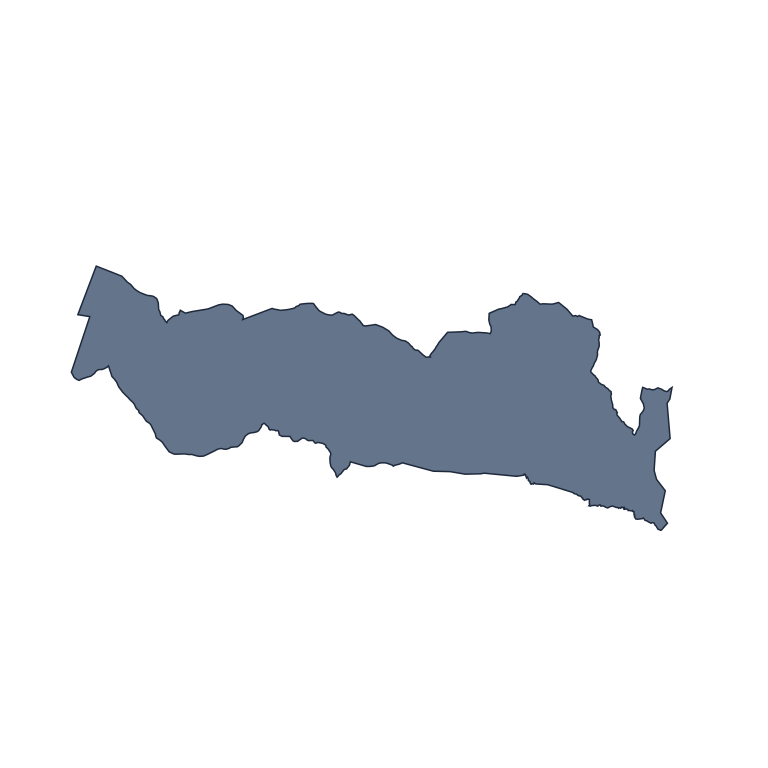 Afigya Kwabre North, Ashanti, Ghana, rotated 288°
{"feature_id": "2480657B47912218033723", "entity_name": "Afigya Kwabre North", "entity_type": "district", "adm_level": 2, "iso_a3": "GHA", "parent_name": "Ghana", "parent_adm1": "Ashanti", "projection": "natural_earth1", "projection_center": [-1.628, 7.039], "detail": "fine", "context": "isolated", "style": "filled", "palette": "slate", "viewbox_px": 768, "rotation_deg": 288, "n_neighbors": 0, "source": "geoboundaries", "source_scale": "gbopen_adm2", "svg_char_len": 6161}
<svg xmlns="http://www.w3.org/2000/svg" viewBox="0 0 768 768"><g transform="rotate(288 384 384)"><path d="M469.7,659.0L467.1,657.0L465.1,656.3L464.2,655.2L464.0,652.8L464.8,649.7L465.0,645.7L462.3,643.0L461.9,641.9L461.3,640.9L461.3,637.7L460.4,636.2L460.8,631.1L458.0,631.2L449.5,632.3L445.4,636.7L441.9,638.8L440.4,639.0L437.9,638.7L434.2,637.2L431.7,637.4L423.4,639.8L420.6,639.5L417.3,638.8L414.3,638.7L412.9,637.9L413.5,636.0L415.2,635.0L416.8,635.4L418.0,633.8L418.7,628.7L420.4,625.3L421.8,624.0L422.1,622.6L421.7,621.9L424.4,618.7L426.0,616.0L427.1,614.7L429.1,614.7L429.4,613.7L430.2,613.5L431.3,612.2L430.9,610.8L432.0,609.4L432.1,608.9L434.8,608.0L439.8,604.7L441.2,604.2L442.0,603.5L445.1,603.3L446.2,602.5L446.9,602.3L447.6,600.1L448.7,598.4L449.4,595.6L450.7,593.7L450.8,590.9L452.1,587.3L453.8,586.5L455.0,585.0L455.8,583.3L456.7,582.7L457.9,579.6L459.6,576.7L460.7,576.6L463.9,577.0L465.7,577.5L468.8,577.6L472.7,578.4L477.8,578.1L479.9,577.2L481.2,576.9L486.4,577.0L489.4,576.0L492.5,574.4L494.2,574.4L496.7,573.7L497.0,574.4L497.7,574.4L498.4,573.8L499.8,573.2L501.7,570.3L502.9,565.5L506.6,563.3L509.3,561.6L508.7,558.2L509.4,548.4L508.0,547.4L508.3,545.2L507.0,542.5L511.7,534.8L515.5,524.9L512.4,520.2L511.6,518.3L509.6,511.0L508.2,507.7L508.8,506.2L509.7,504.4L511.3,499.5L512.4,497.0L513.7,492.8L513.2,488.9L512.9,488.2L510.7,487.6L509.0,486.1L507.4,486.1L505.8,485.5L504.0,485.2L502.7,484.1L500.2,484.2L499.5,482.4L498.9,480.2L497.9,479.7L495.4,477.6L491.7,472.0L490.8,470.1L483.7,462.2L477.3,463.9L473.9,465.9L471.2,468.3L467.3,469.7L464.7,469.4L464.3,465.8L462.3,458.0L461.2,455.2L459.8,452.5L459.3,449.6L459.4,445.6L457.4,441.0L452.8,428.5L440.4,423.4L437.4,422.8L435.4,422.1L433.4,421.8L429.7,420.5L428.0,419.7L425.2,418.9L424.0,419.8L423.6,418.2L422.5,416.1L422.7,415.1L423.7,412.2L426.5,406.1L426.5,405.0L426.1,404.6L426.0,402.8L427.1,400.5L428.2,399.2L428.8,397.4L430.5,394.7L431.5,391.1L431.0,387.1L431.5,382.0L433.1,377.2L435.9,372.3L437.6,365.3L438.0,357.7L433.5,348.6L433.2,345.9L433.8,345.4L436.7,341.2L437.1,340.0L439.9,334.5L440.6,332.2L438.6,328.9L438.8,324.5L438.1,322.0L438.6,319.3L438.0,317.9L433.4,313.4L432.6,309.7L432.4,306.9L433.3,301.1L433.9,299.2L436.8,294.7L438.5,292.5L438.7,291.3L436.8,285.8L434.0,279.6L432.2,278.7L430.5,276.5L428.6,275.5L425.8,270.9L424.0,267.3L422.0,262.5L421.8,259.8L421.3,256.6L421.3,254.2L401.6,229.7L404.0,229.7L405.7,228.6L408.2,220.9L411.3,215.4L411.5,211.1L410.1,205.9L408.0,202.1L401.0,193.4L393.6,179.1L390.0,173.2L391.2,167.5L388.3,167.2L386.5,167.5L383.4,162.6L378.4,159.3L376.9,158.6L375.3,158.5L376.2,156.5L377.4,155.5L377.9,154.4L379.6,152.9L380.2,150.5L383.6,148.4L385.2,146.7L391.3,144.3L394.2,142.2L394.8,141.6L395.3,140.6L396.1,137.4L395.8,134.7L395.1,131.5L395.5,124.0L396.5,119.7L397.7,116.6L400.3,112.4L401.6,108.4L405.5,101.4L407.2,73.9L355.3,71.4L357.2,83.4L298.6,83.0L294.9,86.8L294.2,87.9L293.5,90.2L293.2,92.9L295.1,94.7L299.0,99.9L300.7,102.6L303.9,104.9L305.1,105.5L307.1,106.1L309.0,107.6L309.6,108.4L310.7,111.4L312.2,113.3L314.3,115.4L316.1,116.3L315.2,117.1L313.1,118.5L308.6,121.9L307.4,122.6L306.2,124.4L305.8,125.4L303.1,129.2L299.2,132.7L295.3,138.3L292.8,143.2L292.4,144.2L290.7,147.0L289.5,149.5L289.0,150.8L287.4,153.0L284.6,155.5L283.9,156.6L283.0,158.8L281.1,159.9L279.2,164.3L275.2,169.4L274.1,173.2L273.1,174.9L265.9,181.9L263.7,183.2L262.3,184.3L261.4,188.1L260.1,191.2L257.0,195.1L253.1,200.7L252.5,205.1L252.6,206.8L255.9,216.0L256.7,220.5L257.6,222.9L257.8,228.5L258.3,231.3L259.7,234.7L261.9,237.2L267.5,243.0L270.8,246.2L272.3,248.9L272.7,252.4L273.3,254.3L275.2,256.9L276.4,257.7L278.4,262.4L278.8,263.7L280.1,264.9L284.2,267.1L287.0,267.4L288.0,267.4L291.6,268.2L292.9,269.0L294.3,270.0L295.6,271.3L296.5,272.7L297.4,274.8L299.2,277.8L300.8,279.2L304.5,280.3L306.7,280.6L307.5,280.3L309.5,282.0L309.6,282.5L308.5,284.6L307.5,287.2L305.5,288.6L305.0,290.0L305.9,291.0L305.9,292.2L306.4,293.9L306.1,295.7L306.6,296.5L306.9,297.4L306.3,298.4L303.2,300.2L302.7,303.4L305.1,310.8L303.5,312.6L301.7,315.3L301.7,316.7L302.8,319.6L304.5,320.8L307.3,323.0L307.7,324.2L307.7,326.6L307.0,328.0L306.8,329.7L308.3,333.7L307.9,334.7L306.8,336.1L306.5,337.3L308.0,339.1L308.6,343.9L307.9,347.4L306.0,348.5L305.2,350.5L302.7,353.7L301.3,355.0L297.1,355.3L292.2,357.2L289.5,358.8L288.3,360.0L287.1,362.2L284.5,365.4L282.3,366.7L280.9,368.2L282.0,368.8L283.6,369.3L285.1,370.6L290.4,372.6L291.2,373.7L291.6,374.6L296.1,376.3L299.6,376.0L300.1,391.4L300.1,392.6L301.3,396.3L303.1,400.0L307.0,403.6L308.2,405.9L308.8,407.6L309.5,410.1L309.5,413.2L309.4,416.9L308.7,418.2L309.7,419.0L310.5,420.1L312.6,423.5L314.7,425.7L316.3,457.9L321.1,474.0L323.3,489.0L328.5,503.8L330.1,506.7L337.2,538.7L340.6,545.3L341.2,545.6L341.7,545.3L341.8,545.6L341.7,546.1L341.4,546.5L338.6,548.6L339.7,549.0L339.4,549.5L338.2,550.6L337.0,551.0L336.6,551.8L336.4,552.9L335.1,553.5L334.2,554.7L334.1,554.9L335.1,556.2L335.0,557.1L336.5,557.4L335.8,559.1L335.9,559.4L338.8,570.8L339.2,597.0L338.5,598.6L338.7,601.5L338.0,602.6L337.9,604.3L338.2,605.8L337.0,607.4L336.7,608.4L335.9,608.9L335.4,610.7L336.4,611.8L336.5,612.5L337.4,612.8L337.6,615.1L336.1,615.4L335.6,615.8L334.4,615.9L333.0,616.9L331.5,616.4L331.6,618.0L332.5,619.0L333.9,622.4L333.9,625.1L334.8,625.4L335.9,626.8L334.8,628.1L335.6,629.2L335.7,631.4L335.5,631.9L335.2,633.4L335.3,634.9L335.7,635.6L337.6,637.3L337.9,638.2L338.5,638.9L338.7,639.4L338.5,640.3L338.4,642.4L338.4,643.4L338.8,644.4L338.3,645.6L339.1,646.0L339.0,647.3L339.0,647.6L340.0,647.7L340.2,647.8L340.6,649.6L340.5,650.0L340.9,650.8L340.2,651.1L339.4,650.4L339.0,651.0L339.2,651.6L340.0,653.1L340.0,654.6L339.1,655.3L339.5,656.4L339.9,659.3L340.3,659.5L339.6,660.1L339.6,660.5L339.9,661.1L339.7,661.3L336.8,662.2L336.6,662.4L336.6,663.1L335.1,663.2L333.4,665.2L333.8,667.1L335.7,671.2L336.7,672.0L336.2,672.9L335.0,674.3L335.0,676.8L334.6,677.9L334.1,681.0L335.1,681.9L335.3,683.7L333.4,685.6L333.0,686.7L330.5,689.5L330.6,690.6L330.3,692.1L330.7,692.6L330.7,692.9L339.2,696.6L346.9,686.9L369.4,684.5L377.6,672.6L385.3,667.6L403.9,662.9L420.5,673.0L453.2,659.2L458.1,660.5L469.7,659.0Z" fill="#64748b" stroke="#1e293b" stroke-width="1.5"/></g></svg>